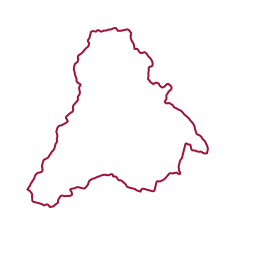 the district of Santa Cruz del Seybo, El Seybo, Dominican Republic, rotated 284°
{"feature_id": "3306468B51823501845904", "entity_name": "Santa Cruz del Seybo", "entity_type": "district", "adm_level": 2, "iso_a3": "DOM", "parent_name": "Dominican Republic", "parent_adm1": "El Seybo", "projection": "orthographic", "projection_center": [-69.057, 18.747], "detail": "fine", "context": "isolated", "style": "outline", "palette": "rose", "viewbox_px": 256, "rotation_deg": 284, "n_neighbors": 0, "source": "geoboundaries", "source_scale": "gbopen_adm2", "svg_char_len": 5757}
<svg xmlns="http://www.w3.org/2000/svg" viewBox="0 0 256 256"><g transform="rotate(284 128 128)"><path d="M107.2,59.3L105.7,60.2L103.3,61.4L102.5,61.5L99.6,61.7L97.6,62.4L96.9,62.3L95.6,61.8L94.8,61.6L90.9,61.5L89.8,61.4L89.0,61.2L85.8,59.5L84.1,59.1L82.5,58.4L81.0,58.1L80.3,57.8L79.0,56.7L77.9,55.4L77.0,54.2L76.4,53.9L74.8,53.7L70.4,53.7L69.6,53.9L66.7,55.3L66.0,55.4L65.3,55.1L64.3,54.5L63.3,52.7L62.8,51.6L62.2,50.8L61.6,50.4L59.8,49.5L58.8,49.3L56.5,49.2L55.7,49.0L53.9,48.3L52.2,47.8L50.9,47.2L48.1,46.8L46.5,46.1L44.1,45.3L43.8,46.3L43.0,48.2L40.8,50.9L40.2,51.2L38.2,51.4L36.7,52.1L35.0,52.4L34.3,52.8L33.7,53.5L33.5,54.0L33.5,54.9L33.5,60.1L33.4,62.1L33.2,63.2L32.7,64.4L32.6,64.9L32.7,65.4L32.9,65.8L34.2,67.5L34.3,68.0L34.3,68.5L34.1,69.2L33.0,70.6L32.5,71.4L33.6,73.9L33.9,74.5L34.7,75.1L36.0,75.9L38.3,77.9L38.7,78.1L39.2,78.1L40.6,77.7L41.9,77.7L43.4,78.4L45.1,78.8L45.6,79.0L45.9,79.3L46.4,79.9L46.5,80.4L46.6,83.1L46.8,84.1L47.4,85.4L47.9,87.6L48.7,89.0L49.0,89.4L49.4,89.6L49.9,89.7L50.9,89.5L52.6,88.4L53.3,87.4L53.8,87.0L54.2,86.9L54.4,86.9L54.9,87.3L55.2,87.6L56.6,90.7L58.1,92.6L58.4,93.4L58.6,94.7L58.5,99.2L58.7,100.0L58.9,100.4L59.2,100.7L60.6,101.6L63.0,102.7L63.8,102.9L66.7,103.0L67.5,103.3L68.1,103.8L69.7,105.4L70.2,106.1L71.1,107.7L73.3,110.3L74.2,111.9L75.7,113.8L76.8,116.0L77.1,117.1L77.2,119.3L77.3,120.2L77.7,120.9L79.0,122.6L79.2,123.3L79.2,124.0L78.9,124.6L78.6,124.8L77.7,125.1L77.5,125.4L77.4,126.0L77.9,127.4L77.9,128.1L77.5,128.8L75.8,130.6L75.2,131.6L75.1,132.3L75.5,133.5L75.5,133.9L74.7,135.8L74.0,137.0L73.5,138.2L72.5,139.7L71.2,140.8L70.7,141.7L70.5,143.0L70.5,148.9L70.3,150.0L69.7,151.2L69.5,152.3L69.4,155.5L70.6,155.6L71.5,155.8L72.2,156.3L72.6,157.0L72.8,157.9L72.8,158.9L72.6,166.7L72.7,167.6L72.9,168.1L73.3,168.5L73.8,168.7L74.7,168.8L82.0,168.7L82.5,168.8L83.0,169.0L83.3,169.2L83.6,169.9L83.7,171.4L84.2,172.4L85.1,173.5L86.7,175.2L88.1,176.3L93.4,178.9L94.1,179.5L94.3,179.9L94.5,180.5L94.8,182.6L95.5,183.6L95.9,184.8L96.4,185.7L96.4,186.4L95.8,187.5L95.7,188.5L95.8,189.1L95.9,189.3L96.3,189.6L96.8,189.6L97.4,189.5L97.7,189.2L98.5,188.2L99.3,187.7L101.0,187.2L102.3,186.6L103.7,186.4L107.2,186.4L109.0,186.5L109.8,186.7L111.3,187.4L112.3,187.6L121.0,187.6L125.5,187.6L126.1,187.6L126.8,187.8L127.0,188.0L127.1,188.4L127.1,188.8L126.7,190.0L126.6,190.4L126.9,191.8L126.7,192.4L126.1,193.0L122.9,194.5L122.2,195.2L122.0,195.9L122.0,196.9L122.4,198.6L122.0,200.3L122.0,201.8L122.1,202.6L122.6,203.9L122.8,204.6L122.6,205.3L122.1,206.3L122.0,206.8L121.9,207.6L121.9,208.4L122.1,209.5L122.7,210.7L126.0,210.7L126.8,210.6L127.5,210.4L129.9,209.1L132.3,207.0L133.5,206.2L133.8,205.8L134.6,204.5L135.4,203.0L136.0,202.3L136.9,201.7L137.9,200.1L138.2,199.2L138.5,196.9L138.7,196.4L138.9,196.0L139.5,195.6L140.8,194.9L142.5,193.6L145.9,192.0L146.7,191.4L148.4,189.7L148.9,189.0L149.7,187.5L152.0,184.9L153.3,182.5L153.8,181.3L154.9,179.2L156.6,177.0L157.7,174.8L157.9,174.1L158.2,171.8L158.9,170.0L159.2,167.8L159.6,167.2L160.6,166.4L161.1,165.6L161.5,164.2L162.0,162.9L162.1,162.4L162.1,161.7L161.5,160.4L161.3,159.4L161.3,158.9L161.4,158.4L161.8,157.8L162.4,157.4L163.2,157.4L164.9,158.1L165.9,158.2L166.6,158.1L168.2,157.4L169.4,157.4L170.2,157.6L171.5,158.2L173.2,158.6L173.9,159.1L175.1,160.1L175.8,160.4L176.6,160.6L177.4,160.5L177.9,160.4L178.7,160.0L179.7,158.4L180.4,156.9L180.5,156.5L180.5,156.0L180.1,155.4L179.4,154.7L178.7,154.2L177.5,153.7L176.5,152.9L175.8,152.0L175.7,151.8L175.6,151.0L175.8,150.5L176.8,148.6L177.4,147.9L178.4,147.2L178.6,146.8L178.8,145.8L178.8,145.0L178.6,143.8L178.4,143.4L177.5,142.8L177.0,142.1L176.8,141.7L176.8,141.3L177.4,140.4L177.8,139.0L178.0,138.6L178.4,138.1L179.4,137.3L179.9,136.1L180.2,135.8L180.8,135.5L181.3,135.4L183.6,135.3L184.1,135.2L185.6,134.5L189.1,134.2L189.6,134.1L190.6,133.6L191.3,133.5L191.8,133.6L192.4,134.0L192.8,134.5L193.3,135.6L193.6,135.9L194.1,136.4L194.6,136.5L195.4,136.6L195.9,136.5L196.4,136.4L198.6,135.2L199.4,134.6L200.9,133.0L201.4,132.4L201.9,131.3L202.3,130.6L204.7,128.0L205.5,126.1L205.6,125.7L205.4,125.3L204.1,123.4L204.0,122.9L203.9,122.2L204.1,121.4L204.3,120.9L206.3,118.8L206.8,118.0L206.9,117.5L206.8,117.0L206.4,116.1L206.3,115.7L206.5,115.1L207.0,114.8L208.3,114.4L210.5,113.4L211.4,112.7L214.0,110.1L215.1,109.4L217.3,108.4L220.2,108.2L220.8,108.1L221.2,107.8L223.2,105.2L223.4,104.7L223.5,104.2L223.5,103.4L223.3,102.9L222.2,100.7L221.5,99.4L220.5,97.2L219.9,94.6L221.8,92.5L222.0,92.0L222.0,91.5L221.0,89.5L219.5,87.6L219.3,87.1L218.8,85.4L217.3,83.2L217.1,82.7L216.7,81.2L216.5,80.8L215.1,78.8L215.0,78.3L215.0,77.9L215.7,76.2L215.7,75.5L215.6,75.0L215.3,74.5L214.2,74.0L213.9,73.7L213.7,73.0L213.6,71.1L213.4,70.0L213.0,69.4L212.6,69.1L211.9,68.8L211.2,68.8L207.3,68.8L205.7,68.7L205.0,68.5L203.8,67.9L203.3,67.9L202.8,68.0L202.4,68.2L201.9,68.6L201.3,69.5L200.9,69.7L200.2,69.9L199.4,69.9L197.9,69.8L196.9,69.3L195.0,67.8L189.5,65.1L188.7,64.4L187.1,62.9L186.3,62.3L185.5,62.1L184.7,62.2L184.2,62.3L182.7,63.0L182.0,63.2L180.9,63.2L180.1,63.0L179.6,62.8L178.0,61.5L177.3,61.1L175.9,60.9L173.5,60.9L172.7,61.0L172.0,61.2L165.7,64.4L163.5,66.0L163.0,66.2L161.6,66.5L160.9,66.8L160.4,67.3L160.2,67.8L159.3,69.7L159.0,71.0L158.7,71.4L158.6,71.5L157.9,71.5L156.5,70.9L155.5,70.8L154.5,71.0L151.5,72.5L150.6,72.8L149.5,72.8L148.7,72.7L148.2,72.6L146.9,72.0L145.9,71.8L144.9,72.0L143.7,72.5L143.0,72.6L142.5,72.5L140.6,71.5L139.3,70.8L137.3,69.8L136.6,69.5L135.6,69.5L134.5,69.6L133.8,69.8L132.8,70.3L132.3,70.5L131.5,70.5L130.7,70.3L129.9,69.7L127.7,67.7L126.2,66.8L124.5,65.5L123.8,65.2L123.3,65.2L122.6,65.5L120.8,67.3L120.2,67.7L119.7,67.8L119.3,67.7L118.3,66.9L115.3,63.7L114.6,62.9L113.8,61.3L113.2,60.6L112.6,60.0L112.0,59.7L111.1,59.5L107.2,59.3Z" fill="none" stroke="#9f1239" stroke-width="2"/></g></svg>